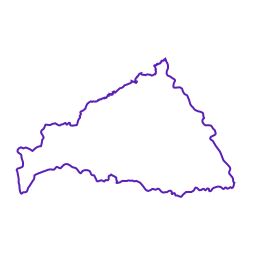 the district of Pa Sang, Lamphun, Thailand, rotated 93°
{"feature_id": "78962969B79756650149930", "entity_name": "Pa Sang", "entity_type": "district", "adm_level": 2, "iso_a3": "THA", "parent_name": "Thailand", "parent_adm1": "Lamphun", "projection": "orthographic", "projection_center": [98.877, 18.408], "detail": "fine", "context": "isolated", "style": "outline", "palette": "violet", "viewbox_px": 256, "rotation_deg": 93, "n_neighbors": 0, "source": "geoboundaries", "source_scale": "gbopen_adm2", "svg_char_len": 5819}
<svg xmlns="http://www.w3.org/2000/svg" viewBox="0 0 256 256"><g transform="rotate(93 128 128)"><path d="M154.0,235.9L155.5,237.0L156.9,237.1L157.7,236.8L158.4,236.2L159.7,234.0L160.4,233.3L161.1,233.0L162.9,232.8L164.6,232.3L167.6,231.1L170.4,230.9L171.7,231.1L172.4,231.6L173.7,234.1L174.3,236.1L174.7,236.4L175.8,237.0L178.0,236.0L179.8,235.7L181.4,235.2L183.1,234.8L185.3,234.4L188.3,234.4L190.2,233.6L194.9,233.0L197.9,232.1L198.7,231.6L199.1,231.1L198.9,230.5L197.7,229.3L197.4,226.7L197.0,226.1L196.4,225.6L195.5,225.2L194.4,225.0L192.7,224.4L190.5,222.9L188.9,222.1L183.9,219.2L182.5,218.9L180.7,219.0L180.0,218.7L179.2,217.4L177.9,214.9L177.3,213.4L176.1,210.9L175.4,208.9L173.9,205.7L173.4,203.5L173.5,200.2L173.3,199.5L171.1,197.8L170.6,197.1L170.7,196.3L171.7,194.1L171.7,193.3L171.1,192.7L168.4,190.4L167.6,189.1L167.3,188.0L167.2,186.9L167.4,186.1L168.3,184.1L170.0,181.5L170.7,178.2L171.6,177.0L175.0,174.1L175.6,173.2L175.6,172.7L173.3,171.1L172.6,169.6L172.3,168.1L172.2,166.8L172.6,165.0L173.1,164.0L174.0,163.3L175.9,162.5L176.7,161.8L177.0,161.0L177.0,159.7L177.5,159.0L179.5,158.0L180.9,157.1L182.2,156.6L182.8,156.0L182.8,155.1L181.6,152.0L181.9,150.7L182.6,149.3L182.6,148.9L181.2,147.7L181.2,145.6L181.1,145.2L180.5,144.8L179.7,144.6L178.2,144.8L177.2,144.7L176.7,144.3L176.4,143.3L175.4,142.4L176.4,140.7L177.0,139.1L178.1,137.2L180.2,137.0L181.6,136.2L182.8,136.6L183.3,136.6L183.5,136.2L183.3,135.1L182.6,133.0L181.4,131.4L181.1,130.7L181.0,126.3L180.3,125.1L180.6,122.7L180.2,121.1L180.8,119.5L180.9,118.7L180.4,116.9L181.6,113.9L182.3,112.7L184.6,110.5L188.6,107.2L189.4,106.0L189.5,105.6L189.8,104.7L189.7,104.1L188.7,101.9L187.6,100.6L187.6,99.8L188.2,97.2L187.1,95.3L187.1,94.7L187.4,93.6L189.7,91.5L190.2,90.6L190.6,89.6L190.5,88.6L190.1,87.3L190.1,86.0L189.9,85.5L189.1,84.5L188.4,83.1L188.4,82.4L188.7,81.6L189.4,81.0L189.8,80.9L190.9,81.0L191.6,80.6L191.6,80.1L190.9,79.4L190.6,78.3L191.0,77.8L192.6,77.2L192.9,76.8L192.8,75.2L193.2,74.4L194.0,71.7L193.5,70.8L192.1,69.9L191.1,69.0L188.9,66.7L188.6,63.3L188.7,62.5L188.6,61.5L187.3,59.4L186.7,58.9L184.6,57.9L184.0,57.3L184.2,56.2L184.5,55.6L186.0,54.0L186.4,53.3L186.0,51.4L185.1,50.5L184.8,49.8L185.2,48.6L186.0,47.8L186.1,47.3L184.3,45.7L184.2,45.0L184.6,44.1L186.5,43.6L186.8,43.3L186.8,42.9L186.6,42.2L186.1,41.6L184.2,40.4L183.3,39.3L182.1,36.2L181.8,35.1L181.9,32.7L182.5,31.6L183.4,30.6L183.9,29.6L183.5,28.7L182.6,28.1L182.3,27.5L182.4,26.8L183.2,26.0L183.4,25.3L183.0,24.4L181.8,22.6L181.9,22.1L182.5,21.3L182.3,20.8L181.8,20.1L181.2,19.8L179.2,19.3L177.7,19.2L177.2,18.9L176.7,19.6L176.0,20.0L174.9,20.3L173.2,20.5L171.8,21.2L168.2,24.5L167.1,24.7L166.4,24.6L164.0,23.8L163.1,23.8L161.8,24.3L158.9,27.1L155.5,30.8L154.4,31.4L149.0,33.8L146.8,34.9L140.9,39.7L136.6,42.5L136.2,42.9L135.7,44.0L134.7,45.2L133.9,45.4L132.7,44.9L132.2,44.3L130.4,41.0L129.4,40.2L128.8,40.2L127.9,40.4L125.7,41.2L124.1,43.1L122.1,44.4L121.4,45.1L121.2,45.7L121.0,47.4L121.2,49.7L121.2,51.0L120.5,52.0L119.3,53.2L118.1,53.9L116.6,54.1L115.9,53.9L114.9,53.4L114.4,52.7L113.9,52.6L111.9,53.5L110.2,53.6L109.1,54.1L108.6,54.9L108.1,56.3L107.5,59.3L106.5,61.9L105.4,63.1L104.2,64.0L102.7,65.8L101.0,67.0L96.5,68.6L92.8,70.4L92.1,71.0L91.4,72.8L90.8,73.6L88.6,75.1L86.1,76.0L85.8,76.3L85.2,77.2L84.7,78.2L84.7,79.4L85.0,80.6L85.3,83.5L85.3,84.0L84.7,84.7L83.9,84.9L82.2,84.8L80.1,84.3L78.5,83.5L77.5,83.7L76.7,84.6L76.0,86.2L74.5,88.4L73.6,90.9L73.4,91.2L72.1,92.1L71.6,92.3L70.0,92.3L68.6,92.1L66.4,91.2L65.2,91.2L63.2,91.4L62.2,91.7L59.0,93.5L56.9,94.3L57.8,95.5L58.8,95.7L59.0,96.6L58.9,97.5L59.3,98.1L59.7,98.3L60.3,98.2L61.1,99.1L61.7,99.2L62.7,101.4L62.3,101.7L62.4,102.3L62.9,102.5L63.4,102.9L63.7,102.9L64.0,104.8L64.4,105.0L64.8,104.9L64.9,104.4L67.4,103.5L67.8,103.2L68.3,103.5L68.8,103.6L69.6,103.1L70.7,103.0L71.7,103.3L72.2,103.2L72.8,103.6L72.7,104.1L73.9,105.6L74.4,107.3L73.7,108.4L73.5,110.5L73.5,111.7L73.7,112.3L74.3,113.1L74.2,114.2L73.9,115.0L74.1,115.6L74.1,116.6L73.3,117.6L73.1,118.2L72.7,118.0L73.0,118.9L73.4,119.5L74.1,120.0L74.6,120.1L75.5,120.9L76.1,121.0L76.4,121.8L77.4,122.1L77.9,122.7L78.9,123.1L79.9,123.3L80.4,123.2L81.0,122.1L81.0,121.7L81.4,121.6L81.6,121.9L81.9,121.9L82.5,122.3L80.8,126.9L82.2,126.8L83.2,128.3L85.0,132.1L85.7,133.9L86.8,134.5L88.2,136.3L88.8,138.3L93.2,142.6L91.8,144.1L92.2,143.9L92.4,144.3L92.7,144.2L93.2,144.5L93.8,144.4L94.0,144.7L93.8,145.0L94.6,144.9L95.4,145.2L95.5,145.7L95.1,146.4L95.5,146.6L95.2,147.1L95.5,147.4L95.2,147.7L95.6,148.0L95.5,148.3L95.3,148.5L95.7,148.6L95.9,149.2L96.2,149.0L96.4,149.4L96.9,149.2L96.9,150.0L97.1,150.2L98.9,151.1L99.2,152.0L98.8,152.6L99.1,153.2L99.3,153.1L99.5,153.2L99.4,153.4L99.6,153.6L99.7,153.9L99.6,154.7L100.2,155.8L100.9,156.5L100.8,157.5L101.3,158.2L101.3,158.5L101.6,158.7L101.6,159.2L102.5,159.6L103.1,160.9L103.2,161.2L103.1,161.5L103.4,162.3L103.2,164.2L103.6,164.8L103.8,165.3L103.4,166.0L103.4,166.6L104.4,168.2L105.9,169.8L106.6,170.2L109.4,171.3L110.8,171.5L113.0,173.9L113.8,175.6L114.5,176.3L115.1,176.4L116.4,175.7L117.1,175.9L118.3,176.8L118.6,176.8L119.4,176.4L119.9,176.4L120.5,176.6L121.4,177.4L122.9,178.1L126.9,179.0L127.3,179.1L127.8,179.5L128.6,183.9L128.4,185.3L128.1,185.8L126.1,186.4L125.9,187.1L126.4,187.8L127.7,189.0L127.7,189.6L126.6,190.3L126.3,190.8L126.4,191.3L127.5,192.9L127.7,193.5L128.0,194.8L128.8,195.9L129.0,196.6L128.8,197.6L128.0,199.3L127.1,200.8L127.9,203.8L128.9,205.4L129.2,206.7L128.9,210.1L129.0,210.4L129.1,210.6L132.2,211.7L133.4,212.3L134.7,214.0L136.4,214.6L137.7,214.3L139.2,213.2L141.5,211.9L142.0,211.8L142.6,211.9L144.3,213.0L148.7,213.5L150.7,214.0L150.8,214.2L151.1,216.1L152.0,218.0L153.1,219.5L155.8,222.0L155.9,222.3L154.3,224.8L152.9,228.7L152.9,229.1L153.8,231.6L153.6,232.3L153.0,233.3L152.9,234.0L153.7,235.2L154.0,235.9Z" fill="none" stroke="#5b21b6" stroke-width="2"/></g></svg>